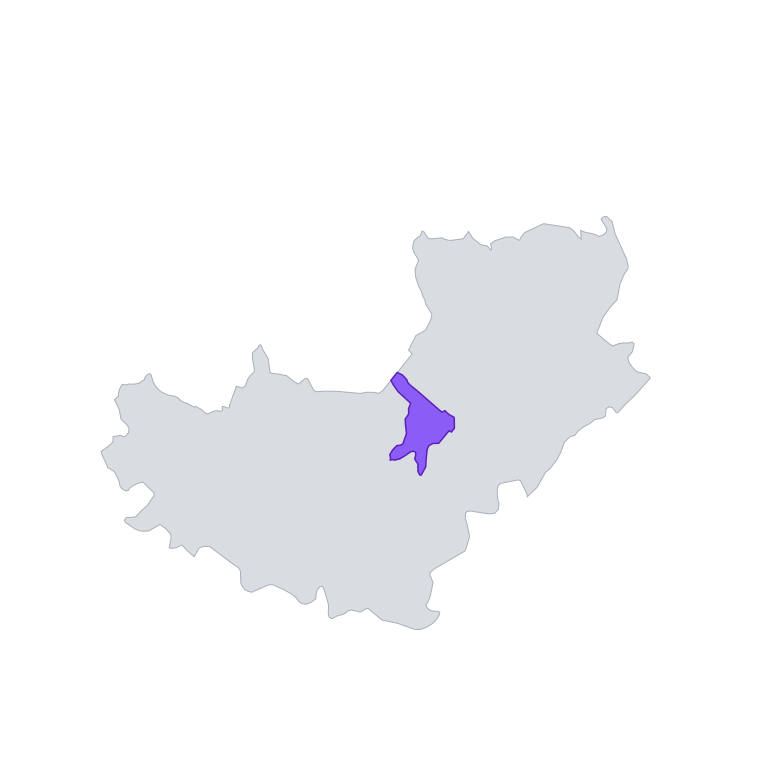 Dabola on a map of Guinea (Albers equal-area conic projection), rotated 129°
{"feature_id": "GIN-5632", "entity_name": "Dabola", "entity_type": "Prefecture", "adm_level": 1, "iso_a3": "GIN", "parent_name": "Guinea", "parent_adm1": "", "projection": "albers", "projection_center": [-11.021, 10.553], "detail": "fine", "context": "in_parent", "style": "filled", "palette": "violet", "viewbox_px": 768, "rotation_deg": 129, "n_neighbors": 0, "source": "natural_earth", "source_scale": "10m", "svg_char_len": 4949}
<svg xmlns="http://www.w3.org/2000/svg" viewBox="0 0 768 768"><g transform="rotate(129 384 384)"><path d="M462.6,493.2L456.9,492.5L454.4,493.6L446.9,502.4L442.4,505.9L435.4,504.8L432.9,505.4L431.0,504.4L433.6,499.6L437.2,489.9L446.4,480.2L446.6,478.2L442.8,472.5L438.8,464.8L438.8,456.5L438.0,450.6L429.9,448.9L428.4,447.9L428.2,445.9L432.8,435.6L433.1,433.5L432.5,431.6L427.5,426.3L419.7,416.6L406.3,396.5L401.3,392.3L396.5,386.1L394.7,382.2L389.8,380.8L343.0,381.0L342.2,386.2L326.1,389.7L316.1,385.6L305.1,387.9L299.7,390.6L295.5,402.3L293.2,404.8L290.8,410.0L288.6,412.9L286.2,418.6L280.9,426.8L275.3,432.1L265.9,435.0L262.9,443.6L260.8,446.8L257.1,449.3L253.2,450.9L245.6,449.2L241.3,450.7L240.6,448.6L243.0,441.7L241.1,438.1L233.8,430.9L233.2,427.5L230.9,423.0L221.3,413.8L212.3,414.3L214.9,406.6L214.8,396.4L211.8,390.8L212.6,385.1L211.0,385.5L207.9,389.4L203.1,388.1L193.3,381.9L188.4,376.0L187.8,371.0L186.8,369.0L183.7,370.0L177.6,369.9L158.9,360.8L145.8,338.2L145.5,333.1L147.5,324.4L147.1,322.0L140.9,327.8L139.8,323.9L135.2,314.8L133.9,309.6L129.5,307.3L125.9,306.8L123.1,308.5L119.3,319.0L116.5,318.9L113.7,316.6L114.4,308.7L121.8,299.0L134.1,274.4L138.5,268.7L141.2,266.8L146.9,266.6L158.1,263.4L171.8,255.9L182.2,256.5L194.5,255.7L210.7,250.6L211.0,233.9L210.5,230.2L204.8,226.8L201.5,223.9L198.7,220.2L195.2,217.5L195.4,214.8L202.5,211.3L209.0,211.4L211.2,210.0L212.8,207.7L214.7,201.7L215.4,195.4L211.2,186.8L211.5,180.8L235.0,181.9L247.9,183.6L258.5,184.2L260.1,185.5L258.6,191.4L260.0,194.8L263.5,195.8L269.5,191.8L272.6,192.7L279.1,197.8L285.2,199.2L291.9,202.0L298.2,203.6L303.8,203.4L308.0,206.3L315.9,207.2L326.0,203.6L334.0,202.0L345.2,201.7L351.0,202.9L368.1,200.0L381.5,201.7L379.4,203.7L373.3,217.0L374.0,219.3L387.6,230.6L390.8,231.5L394.5,229.9L400.4,224.7L405.0,219.1L409.5,216.3L414.7,216.5L418.8,220.5L428.5,237.2L431.0,239.3L433.3,239.2L437.5,236.1L439.7,232.5L448.7,221.4L462.6,215.9L495.6,228.4L500.5,229.4L503.4,228.4L507.4,220.9L519.9,214.5L525.8,212.7L529.2,212.5L530.5,210.4L531.1,207.4L530.4,204.2L526.6,198.6L526.4,196.9L528.6,195.8L533.4,195.0L539.5,195.5L546.4,197.9L552.1,201.4L555.3,205.6L561.6,223.2L568.7,237.0L568.5,255.5L571.6,257.4L575.0,258.1L576.6,259.6L580.1,267.2L583.3,269.4L587.1,269.9L594.3,274.7L598.9,276.6L599.6,278.1L599.5,280.1L597.7,282.7L590.8,287.9L587.4,292.3L580.4,302.9L580.2,304.8L581.7,306.2L584.7,306.5L587.8,305.7L594.2,301.8L599.4,303.2L604.3,306.0L606.1,309.1L606.6,313.1L605.5,318.2L605.4,324.0L607.2,333.8L609.8,343.5L612.4,347.1L628.9,355.6L630.5,358.8L631.4,362.4L630.2,367.4L628.6,370.2L619.6,378.0L618.3,381.6L619.0,388.4L620.0,417.1L623.5,421.9L627.8,424.4L637.7,422.9L637.5,430.9L636.3,439.8L642.1,442.5L645.0,445.2L646.6,447.7L637.6,452.6L634.9,455.4L633.8,462.9L634.1,469.7L646.5,474.5L651.3,480.3L653.4,486.2L654.3,497.5L653.2,500.1L650.0,500.2L643.7,493.4L634.2,492.7L627.1,491.5L615.3,492.5L613.3,494.6L612.0,509.6L614.9,512.1L620.6,514.9L624.3,516.1L627.4,515.7L629.7,517.5L630.3,522.5L628.7,526.1L625.7,529.5L621.8,538.2L622.7,546.1L616.2,558.9L614.3,561.4L605.4,558.9L599.6,558.2L595.5,561.4L589.7,556.5L588.6,552.7L586.5,551.9L582.6,551.9L579.0,554.1L577.5,558.1L576.8,566.2L570.3,574.0L565.8,583.6L560.6,582.8L559.4,583.9L553.8,586.5L549.0,587.2L547.7,584.6L544.9,582.6L541.7,578.5L538.2,575.2L531.4,573.0L528.7,574.0L525.5,573.8L523.3,572.5L523.6,570.5L527.2,565.5L529.2,560.9L530.3,555.8L530.2,551.1L528.3,544.3L525.2,539.0L524.4,535.9L524.8,531.4L524.0,527.3L523.0,525.2L521.6,517.4L519.8,516.0L518.7,509.8L519.0,503.4L516.3,501.0L512.2,499.2L509.7,496.7L508.2,493.9L506.7,493.1L505.5,493.3L504.3,495.0L502.9,495.4L500.5,489.4L499.5,489.2L497.8,490.6L478.7,497.3L476.3,491.6L472.6,490.6L466.3,492.9L462.6,493.2Z" fill="#d9dde1" stroke="#a8b0b8" stroke-width="1"/><path d="M376.9,380.9L374.3,381.0L366.7,381.0L365.4,375.5L366.3,368.9L367.9,366.5L368.4,362.5L368.4,352.9L369.4,325.8L369.4,321.3L367.1,320.3L366.3,319.6L366.5,319.1L366.8,316.1L366.7,313.7L365.8,308.7L366.4,307.9L366.7,307.6L367.3,307.1L374.1,301.4L378.9,301.4L379.4,304.0L395.6,304.2L397.2,306.0L399.6,308.7L403.8,310.3L407.9,309.2L416.1,303.8L422.0,299.5L427.5,298.4L431.5,297.8L432.1,298.7L432.0,299.4L430.9,302.0L430.4,302.8L429.9,303.3L429.6,303.4L428.9,303.8L428.2,304.5L427.7,305.2L427.3,305.6L426.9,305.8L426.1,306.1L425.9,306.3L424.9,307.4L424.6,308.0L424.4,308.5L423.9,310.5L423.2,312.2L422.7,313.0L422.3,313.4L421.4,313.6L420.7,313.9L419.7,314.4L417.8,315.8L417.4,316.4L417.3,317.1L417.4,317.8L417.7,318.5L418.2,319.2L418.8,319.8L419.7,320.5L429.5,323.5L430.1,324.0L430.4,324.2L430.8,324.3L431.9,324.4L432.3,324.5L432.7,324.8L433.4,325.7L433.7,326.0L435.5,326.9L435.9,327.2L436.2,327.6L437.1,329.3L437.4,329.6L439.2,331.3L437.4,332.4L435.2,335.1L429.7,335.8L423.8,335.3L421.1,332.6L418.5,331.7L413.6,333.5L408.4,335.3L402.0,341.8L398.0,345.4L391.7,346.0L387.7,349.4L382.2,351.2L381.1,368.2L378.9,376.0L376.9,380.9Z" fill="#8b5cf6" stroke="#5b21b6" stroke-width="1.5"/></g></svg>